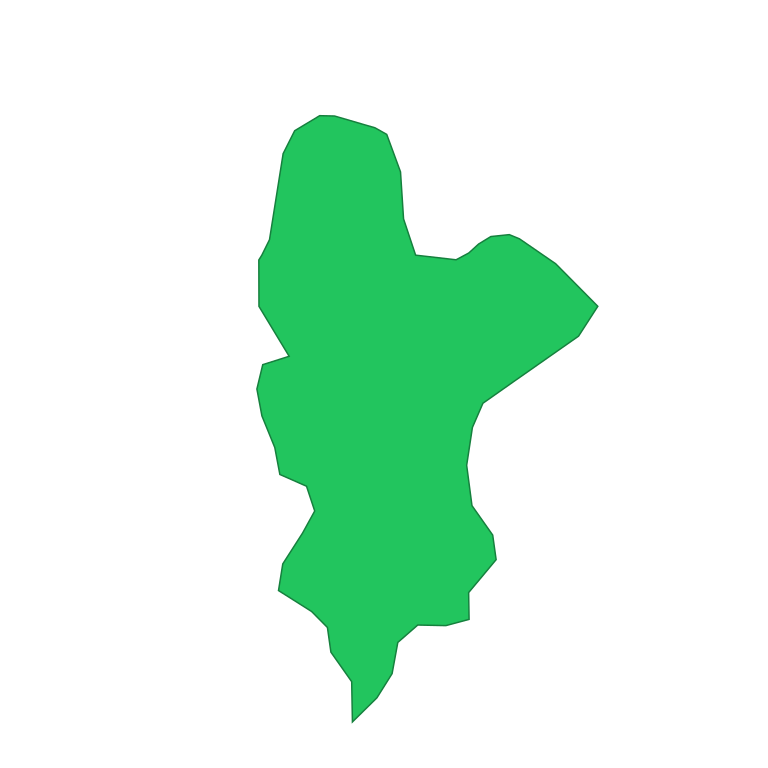 Peć, orthographic projection, rotated 55°
{"feature_id": "KOS-5886", "entity_name": "Peć", "entity_type": "District", "adm_level": 1, "iso_a3": "XKX", "parent_name": "Kosovo", "parent_adm1": "", "projection": "orthographic", "projection_center": [20.272, 42.674], "detail": "fine", "context": "isolated", "style": "filled", "palette": "green", "viewbox_px": 768, "rotation_deg": 55, "n_neighbors": 0, "source": "natural_earth", "source_scale": "10m", "svg_char_len": 842}
<svg xmlns="http://www.w3.org/2000/svg" viewBox="0 0 768 768"><g transform="rotate(55 384 384)"><path d="M296.6,284.2L323.6,253.7L325.3,239.5L323.6,226.1L324.5,211.9L333.5,195.7L342.7,189.8L384.0,174.4L443.0,164.3L456.4,197.2L456.4,234.8L456.4,276.3L456.5,314.0L470.3,336.5L498.0,362.9L534.1,381.7L570.1,381.6L592.2,392.9L603.4,434.3L625.6,449.3L617.4,471.9L600.8,494.6L603.6,520.9L625.9,543.5L637.0,569.8L642.7,603.7L609.3,581.2L573.2,581.3L551.0,570.0L528.8,573.8L492.7,588.9L473.3,570.1L459.4,536.2L448.3,513.6L423.3,506.1L398.4,521.2L373.4,509.9L340.1,502.3L315.2,491.0L298.6,472.2L306.9,445.8L248.7,441.9L210.6,415.4L208.4,410.2L200.1,395.0L138.5,335.5L137.5,334.6L125.3,311.9L127.3,282.8L136.1,270.8L158.8,252.6L169.0,244.4L181.1,238.6L219.7,248.8L260.0,273.3L296.6,284.2Z" fill="#22c55e" stroke="#15803d" stroke-width="1.5"/></g></svg>